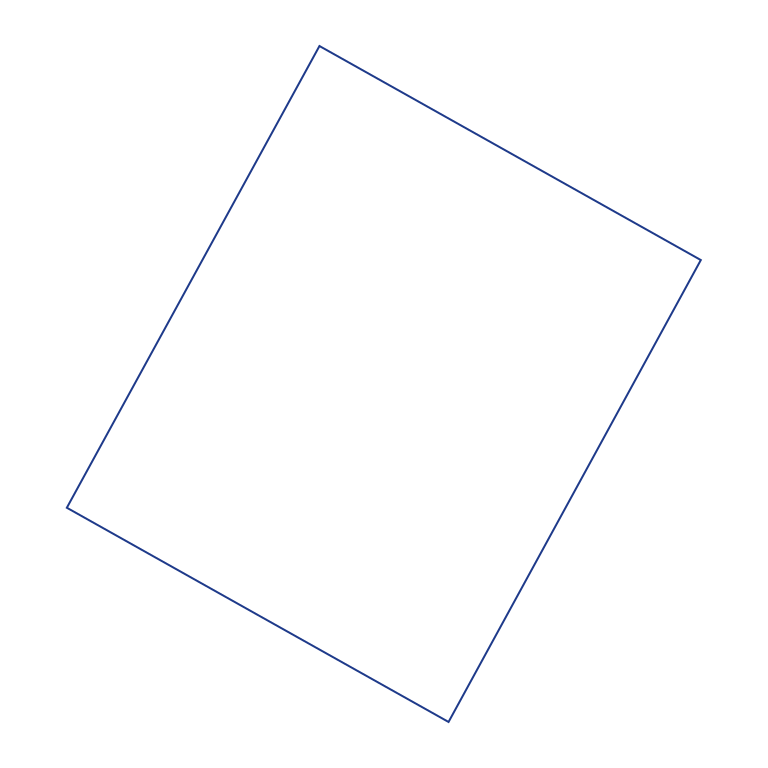 Lane, Kansas, United States of America (Robinson projection), rotated 29°
{"feature_id": "52423323B53058903446766", "entity_name": "Lane", "entity_type": "district", "adm_level": 2, "iso_a3": "USA", "parent_name": "United States of America", "parent_adm1": "Kansas", "projection": "robinson", "projection_center": [-100.503, 38.481], "detail": "fine", "context": "isolated", "style": "outline", "palette": "blue", "viewbox_px": 768, "rotation_deg": 29, "n_neighbors": 0, "source": "geoboundaries", "source_scale": "gbopen_adm2", "svg_char_len": 237}
<svg xmlns="http://www.w3.org/2000/svg" viewBox="0 0 768 768"><g transform="rotate(29 384 384)"><path d="M163.7,119.7L166.6,646.0L385.7,647.2L604.3,648.3L601.0,122.0L163.7,119.7Z" fill="none" stroke="#1e3a8a" stroke-width="2"/></g></svg>